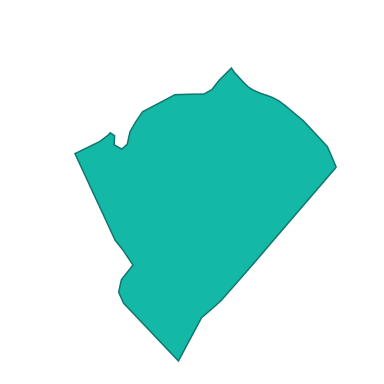 outline of Adila, Eastern Darfur, Sudan, rotated 45°
{"feature_id": "16777658B87348298332109", "entity_name": "Adila", "entity_type": "district", "adm_level": 2, "iso_a3": "SDN", "parent_name": "Sudan", "parent_adm1": "Eastern Darfur", "projection": "mercator", "projection_center": [27.139, 11.428], "detail": "fine", "context": "isolated", "style": "filled", "palette": "teal", "viewbox_px": 384, "rotation_deg": 45, "n_neighbors": 0, "source": "geoboundaries", "source_scale": "gbopen_adm2", "svg_char_len": 1982}
<svg xmlns="http://www.w3.org/2000/svg" viewBox="0 0 384 384"><g transform="rotate(45 192 192)"><path d="M301.9,321.1L301.8,320.8L301.8,320.7L301.7,320.5L301.6,320.3L301.6,320.1L301.4,319.7L301.3,319.1L300.0,314.9L300.0,314.7L299.3,312.6L298.7,310.6L298.3,309.3L298.2,308.8L297.2,305.8L296.4,303.1L295.8,301.2L295.5,300.0L295.4,299.9L295.4,299.7L294.8,297.7L294.3,296.1L294.2,295.8L294.0,295.1L292.4,289.8L292.3,289.5L291.8,287.9L291.5,286.8L291.2,285.7L290.2,282.7L290.0,281.8L289.6,280.7L289.1,279.1L288.8,278.1L288.2,275.9L287.8,274.7L287.7,274.3L287.7,274.0L287.7,273.2L287.9,270.8L288.0,269.3L288.3,265.9L288.3,265.5L288.5,262.7L288.7,259.4L289.0,255.9L289.1,253.3L289.1,253.1L289.3,248.0L288.9,241.3L288.8,239.9L288.6,236.5L288.2,230.1L288.1,228.9L287.6,221.3L287.6,220.9L287.5,220.1L287.4,217.7L287.3,216.9L287.1,213.8L287.0,212.5L287.0,212.0L286.9,211.2L286.8,209.7L286.7,208.5L286.7,207.4L286.6,206.6L286.4,203.7L286.3,202.4L286.3,201.4L286.2,201.3L286.2,200.4L286.1,199.5L286.0,198.0L286.0,197.9L286.0,197.5L286.0,197.3L285.7,193.8L285.5,191.4L285.4,189.8L285.1,185.8L285.0,184.6L284.9,182.8L284.8,182.6L284.6,180.0L284.5,178.1L284.0,172.1L283.3,163.3L282.7,155.1L281.6,141.1L280.6,127.6L280.5,126.6L279.5,112.9L279.3,110.9L278.7,102.2L278.6,101.3L278.2,96.0L278.1,94.3L278.1,93.8L277.7,89.7L276.9,78.4L276.5,73.7L276.4,73.0L276.3,72.6L276.2,72.4L261.9,66.6L255.6,64.2L242.2,63.7L226.5,63.1L220.4,62.9L212.2,63.7L203.0,64.5L197.2,65.0L189.2,66.1L184.4,67.6L182.3,68.2L178.9,69.7L174.1,72.0L170.3,73.9L167.3,75.1L162.8,76.8L158.2,77.8L157.3,78.0L150.4,78.0L137.7,77.5L132.2,76.5L132.2,93.7L133.6,105.7L131.2,114.3L121.9,123.8L111.1,135.3L107.7,146.4L100.3,170.2L102.7,182.6L105.5,193.1L105.7,193.5L112.5,204.1L112.0,211.3L103.6,213.7L97.5,207.0L92.4,207.9L92.4,211.8L91.0,221.8L82.1,247.6L124.8,263.3L156.9,275.0L161.2,276.6L171.8,280.5L184.4,281.9L201.9,285.4L204.1,304.0L211.0,314.7L222.2,319.0L301.9,321.1Z" fill="#14b8a6" stroke="#0f766e" stroke-width="1.5"/></g></svg>